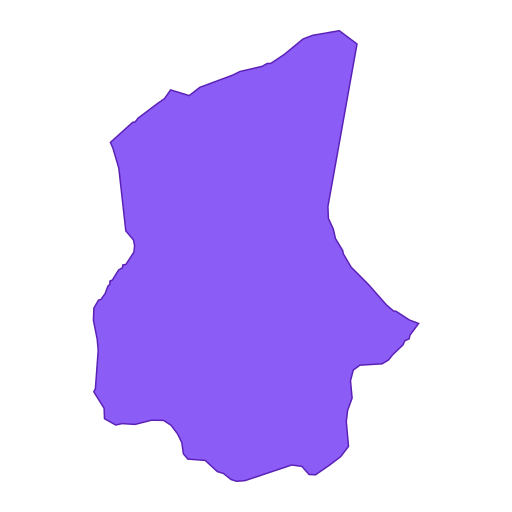 Comalapa, Chimaltenango, Guatemala
{"feature_id": "79465075B20533835568795", "entity_name": "Comalapa", "entity_type": "district", "adm_level": 2, "iso_a3": "GTM", "parent_name": "Guatemala", "parent_adm1": "Chimaltenango", "projection": "robinson", "projection_center": [-90.9, 14.753], "detail": "fine", "context": "isolated", "style": "filled", "palette": "violet", "viewbox_px": 512, "rotation_deg": 0, "n_neighbors": 0, "source": "geoboundaries", "source_scale": "gbopen_adm2", "svg_char_len": 1250}
<svg xmlns="http://www.w3.org/2000/svg" viewBox="0 0 512 512"><path d="M357.0,44.0L339.3,30.7L312.7,35.3L303.0,39.0L284.3,54.4L270.8,63.4L267.1,63.5L262.3,66.3L240.0,71.5L232.7,75.1L199.9,87.3L189.2,95.6L170.6,89.9L164.5,98.6L157.5,103.5L138.1,118.1L135.2,121.9L132.6,122.4L110.4,142.4L112.9,148.1L118.8,168.1L125.8,230.9L133.5,240.0L134.6,245.8L133.9,252.2L125.8,264.5L122.9,264.9L122.4,267.7L118.5,270.1L112.4,280.0L109.9,281.1L109.9,284.2L107.9,286.2L105.2,293.5L100.8,299.6L98.5,300.1L93.9,308.1L93.4,320.2L97.2,339.3L98.2,350.3L95.4,388.6L93.8,391.8L104.1,408.3L104.5,418.7L115.7,425.0L122.1,423.6L135.1,424.4L151.5,420.2L163.6,420.4L171.1,425.3L177.7,434.1L181.8,442.6L183.4,453.8L187.8,459.1L205.2,460.4L217.3,471.6L223.4,473.4L231.0,479.5L236.7,481.3L245.1,480.6L291.7,465.0L301.9,466.4L309.1,474.5L315.5,474.8L329.7,465.0L340.7,456.6L348.5,446.4L346.3,421.7L347.6,410.4L352.1,398.1L350.5,380.8L353.2,370.2L359.8,365.2L382.2,363.8L388.6,359.9L392.9,354.5L402.9,345.0L404.9,340.7L409.1,338.9L410.0,335.1L418.6,323.5L409.4,320.0L395.9,311.2L393.6,311.1L386.4,304.9L368.8,284.9L362.2,278.2L351.1,267.1L343.3,253.8L342.7,250.5L335.5,238.7L333.3,229.1L328.4,218.4L327.9,206.7L357.0,44.0Z" fill="#8b5cf6" stroke="#5b21b6" stroke-width="1.5"/></svg>